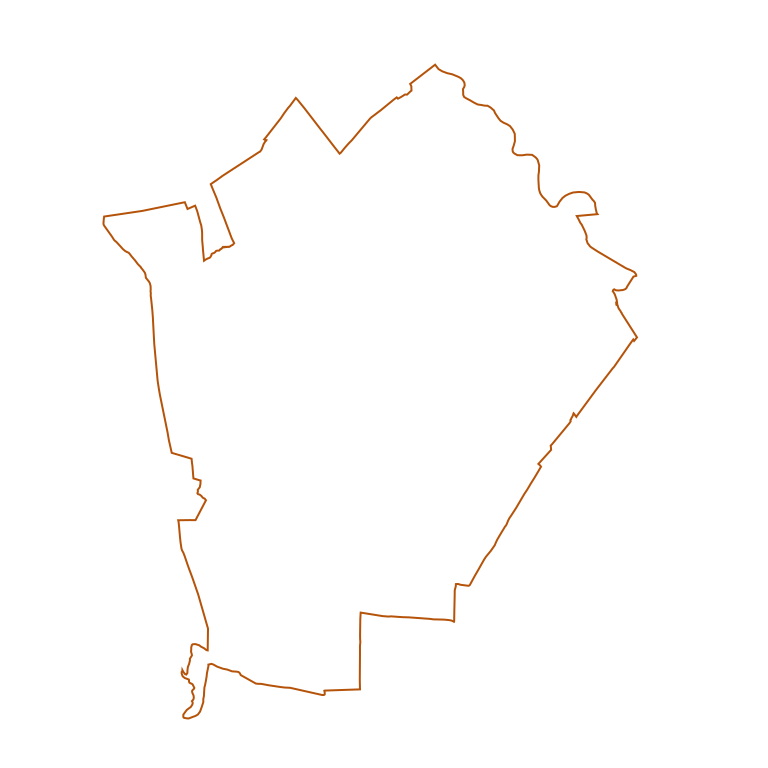 Podoleni, Neamt, Romania (orthographic projection), rotated 174°
{"feature_id": "2599482B76653311270288", "entity_name": "Podoleni", "entity_type": "district", "adm_level": 2, "iso_a3": "ROU", "parent_name": "Romania", "parent_adm1": "Neamt", "projection": "orthographic", "projection_center": [26.635, 46.808], "detail": "fine", "context": "isolated", "style": "outline", "palette": "amber", "viewbox_px": 768, "rotation_deg": 174, "n_neighbors": 0, "source": "geoboundaries", "source_scale": "gbopen_adm2", "svg_char_len": 6108}
<svg xmlns="http://www.w3.org/2000/svg" viewBox="0 0 768 768"><g transform="rotate(174 384 384)"><path d="M299.8,696.2L326.6,679.7L325.7,677.3L326.0,672.9L326.8,672.5L330.8,669.4L332.9,669.7L336.9,667.7L340.3,666.3L341.4,667.7L344.3,666.0L358.6,656.6L369.1,650.3L370.4,649.2L381.5,638.5L390.6,629.7L393.7,627.2L398.5,622.8L402.8,618.5L404.1,617.7L406.1,621.0L408.7,625.1L416.7,638.1L421.6,645.9L434.4,666.7L440.2,675.6L441.8,677.7L448.6,670.3L450.1,669.0L451.7,667.3L455.1,663.6L459.0,658.9L475.8,641.5L477.6,639.8L476.8,639.2L475.4,638.8L475.6,638.4L476.6,637.8L478.7,635.1L481.0,630.4L481.7,629.4L483.1,628.0L484.0,627.7L522.8,607.9L528.3,604.7L535.4,600.9L533.6,594.7L531.3,587.1L528.5,575.8L525.8,566.3L520.2,544.7L518.3,539.7L519.2,538.8L520.2,538.0L521.0,537.9L523.3,536.6L523.7,536.6L523.9,536.8L524.7,536.6L525.5,536.8L526.0,536.6L526.4,536.7L526.8,537.0L527.0,537.0L527.5,536.7L528.1,537.0L528.6,536.6L528.9,536.6L529.7,537.2L530.0,537.1L530.4,536.3L531.2,536.0L531.4,535.6L531.6,535.4L532.8,535.1L533.5,534.2L534.1,533.9L536.0,534.1L537.2,533.8L538.2,532.7L539.8,531.9L540.9,531.8L541.4,531.6L541.9,531.2L542.2,530.1L543.6,528.1L544.8,527.6L546.3,527.2L548.1,526.5L550.1,525.4L550.0,537.0L549.9,539.1L549.8,546.2L549.1,553.0L549.0,556.3L549.2,561.0L549.8,563.7L551.7,575.5L553.2,581.1L561.1,578.6L563.1,585.6L606.4,581.4L644.8,579.8L645.5,577.0L646.2,573.1L646.2,572.1L646.1,571.6L645.5,570.3L639.0,558.8L637.9,556.5L637.2,555.2L636.5,554.4L635.5,553.5L631.7,548.4L629.6,545.5L627.8,543.6L626.7,542.7L624.2,541.2L623.4,540.1L621.5,537.0L618.9,533.3L616.1,528.7L613.7,525.7L613.3,525.0L613.3,524.7L612.3,523.3L610.2,519.7L609.8,517.8L609.7,514.5L607.1,510.5L606.4,508.9L605.9,506.0L606.1,502.7L606.5,500.4L606.4,498.9L606.8,496.0L606.7,494.1L606.7,481.8L606.9,474.8L608.3,447.9L608.8,410.7L608.4,402.6L608.0,396.6L604.3,358.3L603.8,350.5L602.3,337.7L583.2,329.8L583.2,325.2L583.1,322.7L583.4,310.0L577.4,307.5L576.5,307.2L577.1,303.3L577.6,302.1L577.8,301.1L578.1,300.5L580.3,298.2L580.3,296.4L581.0,295.0L580.6,294.0L579.5,293.5L578.8,293.2L577.3,291.7L576.2,290.0L575.4,289.3L574.5,288.9L573.9,288.1L573.6,287.4L573.2,287.0L585.7,268.3L591.8,269.0L602.9,270.0L602.7,267.9L602.7,263.4L602.8,259.2L602.9,252.3L602.9,247.6L602.6,241.4L602.3,239.8L601.2,237.2L600.2,233.5L598.2,224.7L597.2,220.6L594.8,211.3L590.8,194.1L584.6,159.1L587.2,137.5L588.4,137.9L590.8,140.2L593.2,141.7L595.0,143.4L598.9,145.1L601.6,145.1L602.4,144.4L603.3,142.0L603.4,140.5L603.8,138.5L603.8,137.2L603.4,135.3L603.4,134.1L605.8,131.0L605.9,129.3L607.2,125.7L607.8,124.7L608.7,122.8L609.3,120.2L609.8,117.1L611.0,115.7L612.2,116.3L613.7,118.7L614.4,120.5L614.6,119.3L615.3,118.8L615.5,117.2L614.8,114.4L613.0,112.5L609.0,110.5L608.9,109.6L609.0,108.3L608.8,107.4L607.8,106.6L606.7,106.1L605.7,105.2L604.4,101.6L604.9,100.7L606.0,99.9L606.7,99.2L607.0,98.6L607.0,97.7L606.7,96.2L606.0,94.4L605.9,92.4L606.2,91.0L606.7,90.0L608.2,88.7L607.7,87.7L607.6,86.6L608.2,85.1L609.8,83.1L614.3,80.4L618.1,76.2L618.4,73.8L617.8,72.9L615.1,72.1L613.2,71.8L609.4,72.8L606.5,73.5L603.7,74.7L601.2,77.4L599.1,81.7L596.9,86.7L596.8,88.3L596.6,89.7L595.7,92.6L595.4,94.3L595.0,97.0L594.3,101.0L593.4,103.4L592.2,107.3L590.9,112.0L590.4,114.6L588.0,122.2L588.0,123.3L584.9,123.7L583.1,122.9L579.4,120.3L574.0,117.7L569.8,116.4L565.1,114.1L560.5,113.3L558.9,112.8L558.2,112.2L557.5,111.2L556.9,109.5L542.8,99.5L540.6,99.0L537.4,98.6L530.4,96.5L518.4,93.4L514.4,92.5L509.2,91.7L477.8,81.1L476.3,81.0L475.5,81.4L475.2,83.1L475.4,85.2L475.1,85.3L439.8,82.8L439.0,92.4L436.3,116.3L435.3,125.8L434.5,129.9L434.4,133.1L434.0,137.2L432.1,153.0L431.5,156.7L431.1,159.1L409.6,153.3L403.6,152.2L401.4,152.2L390.1,150.2L383.5,149.3L362.8,145.6L359.7,144.8L348.9,143.4L344.0,142.4L341.6,141.7L339.3,140.2L339.0,140.8L337.7,151.6L336.0,164.8L335.2,171.5L333.8,175.2L333.4,177.5L331.3,177.4L328.8,176.3L321.2,174.5L320.5,174.6L319.6,175.2L314.1,183.2L308.8,190.5L302.9,198.8L300.6,201.6L295.3,206.8L290.7,212.1L289.4,214.5L287.5,217.6L286.3,219.2L285.0,221.0L278.5,229.6L277.8,230.2L276.9,231.3L274.7,235.4L273.3,237.5L270.5,240.8L265.5,247.0L255.9,260.0L253.0,263.5L250.1,267.3L249.2,268.6L244.5,274.6L239.6,281.1L237.3,284.3L236.5,285.3L237.1,286.5L238.8,288.4L224.7,301.0L224.6,303.8L224.7,305.2L222.7,307.0L203.6,325.7L202.3,327.3L202.4,328.6L202.1,328.8L201.6,329.4L201.4,330.2L200.0,332.0L198.8,334.3L198.7,334.9L198.5,335.1L196.2,331.2L195.4,332.2L173.7,356.0L154.9,375.7L153.5,376.9L135.1,398.2L131.5,402.2L130.8,400.7L127.5,403.9L140.0,428.9L140.2,429.8L140.7,430.4L141.2,431.9L142.7,434.5L143.2,436.4L143.4,437.7L144.6,438.4L144.6,440.4L143.7,440.0L143.7,441.3L143.8,443.4L145.1,449.0L146.3,451.6L146.8,452.3L146.5,453.1L146.3,453.4L145.9,453.5L145.2,454.1L144.2,453.4L143.6,453.0L142.8,452.8L140.9,452.5L136.8,452.5L135.6,452.7L134.0,453.2L132.9,454.0L132.5,454.7L131.3,456.4L124.7,464.7L121.8,465.2L121.9,466.7L123.3,469.1L127.1,471.6L130.7,473.5L131.9,474.3L158.0,493.7L163.8,498.4L164.9,499.6L165.8,501.3L166.6,502.3L166.8,502.7L167.3,505.1L167.3,505.4L167.7,506.6L167.2,508.1L167.1,510.4L167.9,513.6L168.5,515.7L170.7,521.8L171.9,523.8L173.2,527.3L174.7,530.9L153.9,530.6L154.6,531.8L155.1,535.8L155.3,539.1L155.2,542.2L156.5,544.5L157.3,545.3L159.3,548.8L160.5,550.8L162.4,552.4L164.6,553.6L170.0,554.6L175.8,554.7L179.9,553.8L183.9,552.3L187.1,550.3L190.5,546.8L192.7,543.7L193.5,542.7L195.9,542.3L197.9,542.6L199.4,543.4L200.6,544.5L203.4,549.4L206.9,553.8L208.6,557.1L209.3,560.1L209.5,562.8L209.1,571.0L208.6,575.5L207.7,579.0L206.8,585.2L207.7,590.6L208.5,592.2L209.6,593.6L212.7,596.4L218.1,597.2L222.6,597.0L227.4,597.6L230.1,599.5L231.3,600.8L231.7,602.2L231.6,604.4L230.3,607.0L228.4,611.8L227.8,619.1L229.4,623.6L231.8,627.4L234.5,629.5L237.7,631.3L240.6,633.6L242.5,636.6L245.1,641.6L246.1,644.6L249.3,648.0L251.9,649.9L254.8,650.3L258.4,651.4L261.6,652.2L265.5,654.7L268.7,657.1L272.3,659.5L274.3,661.1L275.0,663.2L274.8,665.4L274.6,669.1L273.1,671.1L272.5,672.8L272.6,675.4L273.7,677.8L275.5,680.0L277.9,681.7L283.8,684.9L288.6,686.5L293.4,688.9L296.8,691.4L299.8,696.2Z" fill="none" stroke="#b45309" stroke-width="2"/></g></svg>